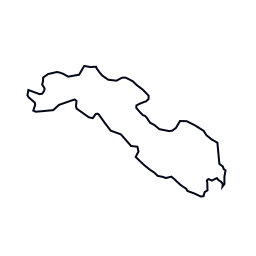 Moungo, Littoral, Cameroon (Albers equal-area conic projection), rotated 280°
{"feature_id": "32672807B47378783864223", "entity_name": "Moungo", "entity_type": "district", "adm_level": 2, "iso_a3": "CMR", "parent_name": "Cameroon", "parent_adm1": "Littoral", "projection": "albers", "projection_center": [9.759, 4.725], "detail": "fine", "context": "isolated", "style": "outline", "palette": "ink", "viewbox_px": 256, "rotation_deg": 280, "n_neighbors": 0, "source": "geoboundaries", "source_scale": "gbopen_adm2", "svg_char_len": 1564}
<svg xmlns="http://www.w3.org/2000/svg" viewBox="0 0 256 256"><g transform="rotate(280 128 128)"><path d="M86.7,231.2L89.7,232.7L92.1,232.2L96.7,231.4L103.2,231.4L104.1,229.5L106.6,228.0L108.5,224.2L129.0,218.6L131.4,212.1L134.5,206.5L138.4,202.9L142.4,193.0L144.9,184.5L143.9,178.0L136.4,175.2L133.1,172.1L132.1,169.0L132.3,159.1L135.5,153.5L137.0,148.9L139.2,146.7L141.4,144.7L143.0,142.5L143.2,140.5L145.4,137.4L149.3,132.6L151.7,132.4L153.7,135.0L156.1,138.8L157.4,141.2L160.2,143.2L163.4,142.7L168.2,136.1L171.7,129.3L174.8,124.7L176.1,120.7L176.9,117.8L177.2,116.7L176.5,113.4L172.6,108.4L172.1,100.2L175.0,93.8L177.4,90.8L180.7,87.3L181.2,86.8L182.8,85.9L182.0,82.4L181.5,80.8L181.5,74.1L172.0,70.6L168.2,60.2L170.1,54.7L170.7,51.3L170.8,48.4L170.5,47.6L167.3,40.0L163.0,35.7L158.7,36.2L156.0,35.9L152.4,39.0L150.1,39.0L146.8,37.5L146.0,35.0L146.6,31.7L148.1,23.3L142.7,23.3L140.9,24.9L136.9,31.7L134.7,32.6L128.7,31.7L128.0,34.4L129.6,40.3L132.6,51.3L138.8,56.0L146.8,70.4L145.7,72.6L140.5,73.0L138.2,74.0L131.7,87.7L131.6,91.6L136.2,93.8L136.8,95.5L136.3,96.8L129.3,103.9L122.4,111.4L120.5,122.1L110.8,134.2L111.2,140.5L106.7,142.4L100.8,140.6L97.4,145.6L94.1,150.7L91.1,156.1L90.5,157.2L88.9,161.2L86.0,165.6L85.9,170.9L85.3,173.9L87.6,179.2L84.8,184.0L84.0,184.9L82.6,187.3L81.5,188.8L81.0,189.9L80.1,191.6L78.3,195.8L76.3,197.5L75.0,204.9L73.2,211.4L73.9,214.2L78.2,214.6L80.4,217.1L87.8,215.6L90.1,214.8L91.7,216.1L90.8,219.8L92.7,222.3L94.1,224.2L92.6,225.9L90.8,229.6L89.1,231.1L86.7,231.2Z" fill="none" stroke="#020617" stroke-width="2"/></g></svg>